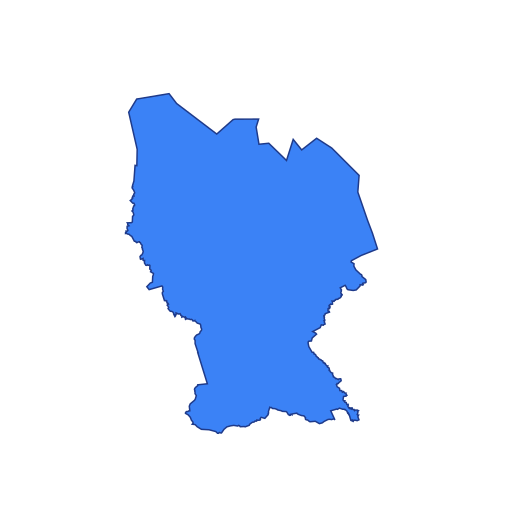 outline of Huejotitán, Chihuahua, Mexico, rotated 157°
{"feature_id": "50627088B75721726599609", "entity_name": "Huejotitán", "entity_type": "district", "adm_level": 2, "iso_a3": "MEX", "parent_name": "Mexico", "parent_adm1": "Chihuahua", "projection": "robinson", "projection_center": [-106.036, 27.072], "detail": "fine", "context": "isolated", "style": "filled", "palette": "blue", "viewbox_px": 512, "rotation_deg": 157, "n_neighbors": 0, "source": "geoboundaries", "source_scale": "gbopen_adm2", "svg_char_len": 6072}
<svg xmlns="http://www.w3.org/2000/svg" viewBox="0 0 512 512"><g transform="rotate(157 256 256)"><path d="M353.3,108.9L349.6,110.1L345.8,109.6L342.7,108.8L339.2,106.6L338.2,106.9L337.5,106.2L337.2,105.0L333.4,103.6L332.8,103.0L328.4,102.8L327.5,103.6L324.3,104.4L322.7,103.9L321.3,104.5L320.5,103.9L319.8,103.9L319.3,104.7L318.3,104.0L316.5,103.4L315.8,103.7L315.6,104.8L314.3,105.5L311.3,103.1L306.8,105.2L306.4,106.2L305.8,106.5L305.4,107.9L302.4,111.4L301.8,110.7L301.1,110.6L300.4,109.2L298.2,108.1L296.4,106.4L296.4,106.0L293.1,103.6L292.6,102.8L289.0,101.0L288.6,100.2L288.2,97.4L287.2,96.1L286.6,96.0L286.2,96.8L285.4,96.6L284.9,95.8L284.6,96.4L284.1,96.4L279.8,95.4L279.6,94.5L278.8,93.6L276.5,91.4L274.4,90.2L273.6,87.7L274.2,86.9L274.2,86.3L273.8,85.6L272.6,84.9L271.5,82.8L271.0,82.3L266.0,80.7L263.1,76.9L260.1,76.5L258.0,77.1L253.6,77.4L251.7,76.8L250.4,75.9L248.1,75.7L247.4,74.3L247.7,84.3L241.5,83.6L240.9,83.0L238.7,83.4L236.0,81.0L234.7,80.5L234.3,79.8L233.9,79.8L232.9,77.6L233.0,75.6L232.5,75.6L232.6,74.5L232.2,74.0L232.6,73.7L232.3,72.6L232.9,67.7L232.2,67.6L232.0,66.6L231.2,67.1L231.1,66.4L230.7,66.5L230.7,66.1L230.2,66.5L229.2,66.3L227.2,64.9L225.2,65.0L225.1,68.2L223.7,69.5L224.6,69.9L224.8,70.5L223.4,72.0L223.3,73.1L222.1,73.5L222.8,74.5L224.8,75.4L225.7,75.2L225.7,76.4L226.5,76.6L227.0,77.4L226.9,78.7L227.3,78.8L228.2,77.9L228.5,78.4L228.3,78.9L228.5,79.3L229.1,79.8L229.6,79.2L229.8,79.5L230.2,81.7L229.3,82.7L229.2,83.5L230.3,83.7L230.4,84.7L230.2,85.9L231.4,86.8L231.3,87.5L230.8,88.0L231.9,88.5L232.1,89.6L230.3,92.5L227.8,91.8L227.4,92.4L226.8,92.3L227.1,94.4L226.8,94.6L227.9,95.3L228.3,97.0L229.7,96.9L229.7,98.6L231.4,99.4L230.8,101.6L232.4,103.9L232.2,106.3L231.2,106.4L231.1,106.9L230.0,106.5L229.2,107.1L226.7,107.7L226.2,108.2L226.0,109.9L227.8,110.5L228.6,110.1L229.8,111.8L230.6,112.0L231.1,113.7L232.0,114.5L231.7,115.8L231.8,117.3L231.2,118.2L232.4,119.4L232.9,120.7L232.8,122.0L233.3,122.2L232.6,123.6L232.6,124.7L233.6,125.7L232.9,126.8L233.6,126.9L233.8,127.3L234.3,129.0L234.2,130.0L234.8,130.1L235.0,131.3L235.7,131.4L235.6,133.4L236.4,134.0L236.7,135.0L237.4,135.4L237.6,136.2L238.5,136.7L238.5,138.1L239.1,138.5L239.2,139.5L239.8,140.2L239.6,141.4L240.2,142.8L240.8,143.0L240.6,144.8L242.0,145.4L242.8,152.0L242.0,155.7L241.2,156.8L240.6,156.9L238.2,156.1L236.3,158.6L230.8,160.4L231.2,161.7L233.3,164.3L224.9,165.0L222.8,167.1L221.1,166.0L220.6,166.4L219.1,166.3L218.8,167.2L219.0,168.3L218.5,169.1L218.7,169.8L217.9,169.8L217.6,170.6L217.8,171.6L217.1,172.5L217.3,173.5L216.7,173.8L216.7,174.7L215.5,174.9L214.8,175.9L210.3,175.6L210.2,176.5L211.1,176.8L211.2,177.3L210.2,179.3L209.0,178.8L208.1,179.6L208.6,180.3L207.6,180.8L208.2,181.4L208.1,181.9L206.1,182.6L205.8,182.1L204.4,181.8L203.5,184.1L203.6,184.7L201.8,183.8L201.4,184.4L200.2,184.3L199.9,184.8L199.0,184.8L198.5,184.4L197.3,184.2L196.8,184.7L195.3,184.5L193.4,185.3L193.2,186.2L192.3,186.2L191.8,186.7L192.1,187.7L192.4,187.7L192.3,189.1L191.2,190.3L191.0,191.3L190.6,191.4L190.9,193.8L185.4,194.2L185.1,192.7L185.1,190.2L184.6,189.1L180.0,186.3L177.0,185.6L172.0,187.7L171.4,188.9L169.1,187.5L168.5,187.7L168.9,188.7L168.4,189.2L165.6,188.6L164.8,189.0L164.2,191.4L166.5,195.7L166.1,196.7L166.2,197.7L166.9,198.3L169.5,204.2L169.9,208.4L168.8,210.6L170.8,213.3L170.0,214.4L159.0,215.4L141.4,215.0L139.9,231.5L139.4,244.8L137.3,275.1L129.6,289.9L144.1,325.8L154.2,340.7L172.5,335.8L176.2,348.8L190.6,332.0L200.2,354.8L209.6,357.7L205.5,374.6L200.1,381.0L222.0,390.2L223.8,390.5L244.5,383.6L269.5,427.4L272.6,439.4L304.5,447.1L317.0,438.1L323.7,400.6L330.4,385.7L331.9,386.7L339.1,372.7L342.2,369.0L342.4,367.9L343.1,367.9L343.4,366.8L342.9,364.4L342.9,361.8L343.2,361.3L344.5,360.6L344.9,358.9L345.8,359.4L346.3,359.1L346.8,357.6L347.4,357.8L347.9,356.8L350.1,356.2L348.8,352.8L347.8,352.3L347.7,350.7L348.1,349.9L348.7,350.0L349.2,349.6L351.0,347.6L351.4,346.2L352.6,345.9L352.0,344.3L352.3,342.0L352.9,341.1L354.1,340.8L356.5,335.7L356.9,335.5L357.8,335.4L361.5,336.8L361.4,336.1L361.8,335.0L361.2,333.5L363.0,333.7L363.9,331.8L363.9,329.6L364.7,329.2L365.9,329.7L366.1,328.9L366.9,328.6L367.3,327.7L366.3,327.5L365.9,326.6L364.3,325.5L363.6,323.8L362.7,322.7L362.2,317.1L361.0,316.4L361.0,315.5L360.5,314.8L358.9,315.0L357.8,314.7L357.9,314.1L357.2,313.5L357.2,311.8L356.6,310.3L357.8,308.3L357.5,307.4L357.9,306.8L358.0,304.3L359.3,302.7L360.9,301.5L361.7,301.6L363.0,300.8L363.6,298.3L363.4,298.0L360.9,297.9L361.6,296.3L361.3,295.7L360.3,295.4L361.4,293.2L361.0,290.5L360.1,290.0L359.3,290.3L358.8,289.5L357.5,289.2L357.4,288.6L358.9,285.5L358.1,283.9L358.2,283.5L359.2,282.7L357.2,280.0L358.0,278.6L359.0,277.7L361.6,272.3L363.9,272.4L368.5,270.4L367.5,266.8L354.3,265.2L354.0,263.9L355.0,261.8L355.1,259.7L356.4,259.1L357.0,257.8L357.7,250.7L356.1,250.1L355.7,249.4L356.2,249.1L356.0,247.9L356.2,247.6L355.5,246.9L355.4,245.9L356.4,246.0L357.0,245.2L356.7,244.8L356.4,242.9L357.5,242.0L356.7,239.0L356.2,238.4L355.2,238.0L354.3,236.7L354.2,235.4L354.5,234.9L354.3,231.9L353.2,232.5L353.1,233.7L351.8,233.6L351.7,234.7L349.6,232.6L348.4,232.6L348.2,231.3L348.4,230.6L347.6,229.7L348.1,228.7L346.8,228.7L345.7,227.5L344.8,227.6L344.7,227.2L344.6,226.5L345.7,225.8L345.5,225.1L344.1,225.5L343.3,224.6L341.9,224.0L341.4,223.2L340.0,222.8L339.5,221.9L339.6,221.1L339.2,220.7L337.9,220.6L338.1,220.4L337.2,219.6L336.3,217.2L334.0,215.2L333.9,214.1L334.7,211.4L334.5,210.6L334.8,209.5L335.4,208.8L337.0,208.1L337.7,207.1L339.0,206.5L341.5,206.5L343.3,205.7L344.7,204.7L345.3,203.6L345.0,202.2L346.3,199.1L347.1,189.5L347.4,189.6L350.7,157.4L360.0,160.2L360.4,159.4L362.9,158.7L364.2,158.0L364.9,156.9L364.8,156.0L365.2,155.5L365.2,154.7L365.9,153.1L365.5,150.8L367.9,147.9L369.0,147.2L374.3,145.6L376.1,143.8L377.4,139.4L378.2,139.7L379.5,139.5L380.9,140.0L382.1,139.3L382.4,138.7L380.5,136.3L379.5,133.2L379.6,130.0L379.0,128.2L379.2,126.7L380.4,126.1L377.8,124.5L376.9,121.9L374.0,117.8L367.1,114.4L361.6,110.1L360.7,107.9L359.9,107.5L358.7,107.9L358.1,107.2L356.9,106.6L353.3,108.9Z" fill="#3b82f6" stroke="#1e3a8a" stroke-width="1.5"/></g></svg>